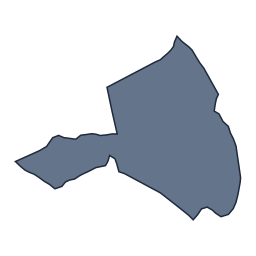 São José dos Ramos, Paraíba, Brazil (Natural Earth projection)
{"feature_id": "56859067B22442503406316", "entity_name": "São José dos Ramos", "entity_type": "district", "adm_level": 2, "iso_a3": "BRA", "parent_name": "Brazil", "parent_adm1": "Paraíba", "projection": "natural_earth1", "projection_center": [-35.36, -7.235], "detail": "fine", "context": "isolated", "style": "filled", "palette": "slate", "viewbox_px": 256, "rotation_deg": 0, "n_neighbors": 0, "source": "geoboundaries", "source_scale": "gbopen_adm2", "svg_char_len": 1116}
<svg xmlns="http://www.w3.org/2000/svg" viewBox="0 0 256 256"><path d="M155.4,61.9L107.0,87.3L112.1,111.6L117.2,134.0L112.3,133.9L106.5,134.9L100.1,135.5L95.9,134.2L91.7,133.7L87.1,134.4L80.8,135.2L75.8,139.2L68.3,138.2L64.0,137.7L58.6,135.4L52.7,137.7L49.6,142.1L46.6,146.5L39.2,150.8L15.4,161.5L20.8,166.6L25.0,170.1L29.1,172.2L34.1,174.2L38.7,177.2L44.1,181.2L49.8,184.6L54.9,188.8L61.9,186.4L65.4,182.0L69.5,180.1L74.7,179.0L78.8,176.2L82.4,174.2L88.1,171.6L92.0,169.6L95.9,167.6L100.7,166.6L105.5,165.6L107.9,161.3L109.6,155.5L114.9,158.7L116.6,163.3L118.9,171.7L124.5,173.6L160.4,192.9L176.9,205.8L188.6,215.2L193.2,219.8L197.6,214.7L201.5,208.9L207.2,207.1L212.5,210.2L215.7,213.2L221.0,216.7L228.4,214.4L233.2,208.7L236.0,202.3L237.9,194.7L239.1,188.2L240.1,182.7L240.6,177.7L236.0,146.0L233.4,138.9L230.5,133.2L228.3,126.4L223.0,121.5L219.0,113.9L214.2,111.1L215.2,104.3L216.4,98.7L218.4,94.4L203.9,68.3L200.0,63.2L196.9,58.2L192.1,50.1L189.0,47.0L182.0,41.5L177.0,36.2L174.5,41.9L173.5,46.5L170.7,50.3L167.7,53.3L163.8,56.6L160.3,59.8L155.4,61.9Z" fill="#64748b" stroke="#1e293b" stroke-width="1.5"/></svg>